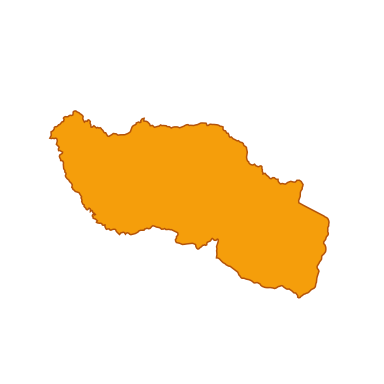 Santa Rita do Tocantins, Tocantins, Brazil (Mercator projection), rotated 27°
{"feature_id": "56859067B45645585605962", "entity_name": "Santa Rita do Tocantins", "entity_type": "district", "adm_level": 2, "iso_a3": "BRA", "parent_name": "Brazil", "parent_adm1": "Tocantins", "projection": "mercator", "projection_center": [-49.332, -10.964], "detail": "fine", "context": "isolated", "style": "filled", "palette": "amber", "viewbox_px": 384, "rotation_deg": 27, "n_neighbors": 0, "source": "geoboundaries", "source_scale": "gbopen_adm2", "svg_char_len": 6051}
<svg xmlns="http://www.w3.org/2000/svg" viewBox="0 0 384 384"><g transform="rotate(27 192 192)"><path d="M337.9,193.0L336.7,190.2L337.0,189.0L337.6,187.5L338.1,184.6L337.5,182.7L336.6,181.0L335.9,180.1L334.6,178.9L332.7,178.1L332.0,176.5L332.6,173.7L332.2,171.9L332.1,170.7L332.5,169.5L332.7,168.2L332.2,166.9L330.8,165.6L330.3,164.2L329.5,162.9L329.1,161.9L329.2,160.2L328.6,159.1L327.8,156.7L326.8,155.5L325.8,154.6L324.9,154.0L323.6,153.7L322.0,153.8L320.4,153.5L297.6,153.3L292.1,153.1L290.9,151.2L290.4,146.8L288.9,143.6L288.5,142.0L288.8,139.2L288.2,138.2L288.0,136.4L287.5,134.8L286.6,134.4L284.6,133.1L282.3,132.8L280.1,134.0L280.0,135.1L279.3,136.5L277.5,137.2L275.2,137.6L272.8,140.2L272.1,141.8L271.5,142.7L268.6,143.4L267.2,144.6L266.2,144.4L264.9,143.9L263.7,143.1L262.9,141.6L261.6,142.3L260.4,142.3L258.9,141.9L257.5,142.5L256.4,144.3L255.1,144.5L253.2,143.6L250.9,143.2L248.6,142.2L247.0,143.7L246.5,142.6L245.2,141.7L244.6,140.2L243.7,139.5L242.8,137.7L241.8,137.4L240.9,137.8L240.2,138.9L239.4,139.5L236.9,139.6L235.1,138.8L234.0,140.3L232.9,140.7L231.5,140.9L229.4,140.2L228.7,139.3L227.7,139.3L226.2,138.2L224.7,136.1L223.2,131.4L221.0,128.7L220.2,127.5L218.9,127.2L217.3,127.1L216.4,126.4L215.7,125.6L214.2,125.2L212.8,125.6L211.8,125.6L210.0,125.2L209.1,125.9L207.2,125.9L206.1,125.8L204.7,126.0L202.1,125.1L201.0,126.0L199.7,125.4L198.9,124.4L197.6,123.3L196.2,123.8L194.1,122.3L192.8,122.7L191.2,122.2L190.5,120.7L190.1,119.9L188.6,120.1L187.1,120.6L185.5,120.4L183.9,120.7L180.8,121.9L179.5,122.6L177.7,123.2L176.8,124.0L176.5,125.1L175.3,125.9L173.3,124.3L169.7,125.9L168.6,126.5L166.1,129.7L165.3,130.2L163.3,132.0L160.3,133.3L159.3,134.0L157.8,133.8L156.5,134.7L155.4,136.1L154.9,137.0L152.5,139.7L151.7,140.5L150.6,140.5L149.3,140.7L146.9,141.9L145.7,142.8L144.5,144.4L142.1,144.1L141.2,144.6L140.0,145.0L138.9,144.7L136.0,145.9L135.1,146.5L133.6,146.5L132.8,148.2L131.2,149.5L129.2,151.4L126.6,150.6L124.7,151.9L123.4,150.7L120.9,149.8L119.5,149.7L116.9,150.6L116.3,149.6L115.9,148.1L115.1,148.7L114.3,149.7L114.0,151.7L114.7,152.9L114.0,153.9L112.8,153.8L111.0,155.8L111.4,157.0L110.8,158.0L109.9,159.1L109.2,160.4L109.1,161.5L109.7,166.2L109.3,167.3L108.4,168.8L106.1,171.5L102.2,173.6L100.1,175.0L98.1,174.6L95.3,175.6L94.7,177.0L93.3,179.2L92.8,180.1L91.4,180.5L88.2,178.4L87.1,179.0L86.1,178.6L85.1,177.9L84.2,177.4L83.0,177.2L82.2,176.6L81.0,176.4L80.0,177.3L78.6,177.3L77.8,178.3L74.5,177.5L73.6,179.6L72.7,180.0L71.9,179.1L71.1,177.8L70.2,177.3L69.7,176.4L69.4,175.4L68.3,174.9L67.2,174.6L66.4,175.5L66.6,176.6L65.0,177.1L64.4,178.6L61.5,176.5L60.6,174.0L58.5,173.2L56.8,173.1L55.5,172.7L53.0,172.8L51.7,172.5L50.3,173.4L49.8,174.7L50.6,176.4L50.8,177.6L50.0,178.5L48.7,178.9L47.9,179.7L47.4,181.1L46.2,181.9L44.8,182.4L44.0,183.7L43.9,184.6L45.1,185.4L45.5,187.5L44.4,188.4L43.5,192.0L42.6,192.7L42.3,194.3L41.5,195.5L40.5,195.9L40.0,197.0L40.6,198.4L40.4,199.9L39.9,201.3L39.1,202.4L40.3,204.5L40.9,205.3L40.9,208.6L42.5,208.2L43.4,207.3L45.0,207.0L45.7,206.1L47.0,205.8L48.2,206.7L48.9,208.0L49.3,209.7L49.5,211.1L51.7,211.8L53.3,212.4L53.4,214.4L54.4,215.7L55.6,215.0L57.2,215.2L58.6,215.2L58.9,216.4L57.4,219.0L57.6,220.4L58.6,221.5L60.1,222.5L60.7,223.6L61.7,223.2L63.1,223.2L64.3,224.4L64.8,225.8L67.1,229.5L69.0,230.5L69.6,231.9L71.1,232.4L71.7,233.4L71.7,234.7L72.4,235.7L74.6,236.8L76.9,237.3L77.6,237.9L78.8,238.5L80.3,238.9L81.2,239.4L82.1,240.0L82.9,242.6L83.9,242.7L84.7,243.7L86.3,243.9L87.7,244.5L90.7,244.0L92.0,244.0L93.2,244.9L95.9,246.5L95.8,247.6L96.8,248.3L97.7,249.3L98.0,250.5L100.1,252.3L101.9,252.6L102.4,253.9L104.8,254.7L105.6,255.4L106.7,255.5L107.2,254.6L107.6,253.1L108.9,253.2L109.7,254.3L110.3,255.5L111.0,253.9L111.9,254.1L112.8,255.1L113.6,255.5L114.6,255.3L116.1,256.0L115.4,256.8L114.1,256.7L113.8,257.6L114.0,258.6L115.1,259.0L115.6,260.1L117.1,260.2L118.2,259.9L120.8,260.6L120.5,262.3L121.5,262.5L123.6,261.9L124.9,261.2L126.2,261.3L127.2,262.1L128.6,261.6L129.4,260.9L130.2,262.4L131.7,263.6L132.7,264.1L133.8,263.1L135.1,262.5L136.4,263.1L137.2,262.7L137.9,261.8L138.9,260.9L140.2,260.2L141.2,260.3L142.1,261.2L143.4,261.8L146.7,262.8L147.3,260.5L148.1,260.0L148.9,259.1L150.1,258.9L151.9,259.8L152.0,258.7L153.0,257.6L154.6,257.5L155.7,257.9L156.9,257.8L160.4,254.7L162.0,252.3L162.5,250.6L163.5,249.5L165.9,248.2L166.7,247.6L166.6,246.6L167.4,245.9L168.0,245.0L168.9,244.6L170.2,244.4L171.2,243.4L171.8,241.0L172.4,239.8L174.7,239.4L176.1,239.4L179.3,238.5L180.4,238.6L181.7,239.0L183.5,237.9L184.2,237.0L185.7,237.3L187.4,236.4L188.2,235.8L189.9,235.4L190.7,234.9L197.7,234.8L198.7,235.9L198.9,237.1L198.4,238.9L199.2,240.4L198.8,241.8L199.6,243.1L201.0,244.1L204.2,243.3L207.3,243.1L209.0,242.0L210.8,240.7L215.5,237.6L216.7,237.3L219.0,237.2L220.3,238.9L221.7,239.9L223.0,240.2L223.8,239.7L224.3,238.2L225.1,236.8L225.8,234.6L226.7,234.1L227.2,233.3L228.4,233.3L229.1,232.3L228.6,231.3L228.4,230.0L229.3,228.8L230.4,227.6L230.7,226.6L230.7,225.6L231.1,224.2L232.6,224.4L233.7,224.9L235.3,224.2L235.9,222.5L236.8,222.4L237.8,224.1L238.7,229.6L240.1,231.4L240.6,233.2L241.5,234.5L242.7,236.6L243.3,238.6L243.7,239.6L244.8,239.1L246.0,239.0L247.4,239.3L248.6,239.8L250.7,240.5L251.8,240.8L254.4,240.9L255.2,241.3L258.1,241.4L259.8,240.9L269.0,242.6L269.9,243.2L271.4,244.6L272.7,245.0L273.9,245.7L275.2,246.2L276.2,245.9L277.5,245.2L279.8,245.0L282.8,244.2L284.9,244.1L286.5,244.3L288.3,244.8L289.3,244.5L290.2,243.7L291.5,243.0L294.5,243.1L295.7,243.9L297.5,244.2L300.3,243.9L302.2,243.2L305.4,241.5L307.9,240.7L309.4,240.5L310.6,239.3L311.9,237.0L313.0,236.2L313.9,235.0L315.3,234.5L316.6,235.0L320.2,235.5L321.7,235.0L322.5,234.3L326.0,234.8L328.6,235.6L330.3,234.9L333.2,236.3L333.9,237.7L335.2,237.8L336.2,236.9L336.5,235.4L337.4,234.0L337.9,232.5L339.0,231.5L339.9,230.2L340.9,229.4L341.7,227.8L342.4,225.3L343.3,223.8L344.4,222.4L344.9,220.5L343.9,217.3L343.9,216.1L342.3,212.0L342.0,210.7L341.1,205.0L340.2,204.1L338.6,203.3L337.8,202.6L337.2,201.4L337.5,197.5L337.4,196.5L337.8,194.5L337.9,193.0Z" fill="#f59e0b" stroke="#b45309" stroke-width="1.5"/></g></svg>